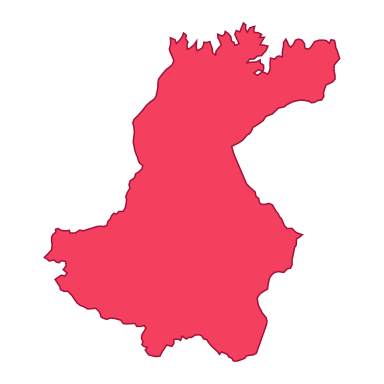 Patrocínio Paulista, São Paulo, Brazil
{"feature_id": "56859067B95718111094950", "entity_name": "Patrocínio Paulista", "entity_type": "district", "adm_level": 2, "iso_a3": "BRA", "parent_name": "Brazil", "parent_adm1": "São Paulo", "projection": "mercator", "projection_center": [-47.28, -20.694], "detail": "fine", "context": "isolated", "style": "filled", "palette": "rose", "viewbox_px": 384, "rotation_deg": 0, "n_neighbors": 0, "source": "geoboundaries", "source_scale": "gbopen_adm2", "svg_char_len": 4474}
<svg xmlns="http://www.w3.org/2000/svg" viewBox="0 0 384 384"><path d="M339.7,58.6L337.5,51.6L335.7,47.3L335.4,44.4L334.5,40.5L331.1,39.7L329.2,43.3L326.3,40.5L322.3,40.1L318.8,40.2L314.7,41.6L312.7,44.4L310.7,47.5L308.0,49.2L304.9,48.1L304.5,43.8L302.0,40.1L298.6,39.1L295.4,40.2L293.4,44.4L290.6,47.3L288.4,44.7L287.5,42.1L285.8,39.1L283.5,42.5L283.5,45.9L282.6,50.1L282.3,53.5L282.5,56.9L279.7,56.0L277.1,56.5L274.8,59.0L270.5,58.1L270.0,63.3L270.1,67.8L269.7,70.6L267.6,74.1L262.6,71.7L263.7,68.7L263.6,65.1L260.3,63.1L260.2,59.9L256.5,61.9L250.3,62.3L247.0,62.8L249.5,59.2L254.0,59.0L257.4,56.1L261.6,55.6L263.6,53.1L265.8,50.8L268.0,46.2L264.4,45.2L260.0,44.7L262.3,40.7L264.4,37.3L259.6,37.4L261.6,34.4L257.9,32.6L254.2,32.5L253.8,29.6L254.7,26.3L249.9,27.8L247.2,32.2L245.4,28.4L245.9,25.0L243.4,23.0L241.4,27.9L239.8,31.9L236.3,30.5L234.8,34.2L237.0,39.4L239.2,43.6L234.7,45.5L234.0,42.4L231.5,41.1L230.8,36.6L228.3,33.6L225.2,31.4L224.6,34.2L222.4,36.0L217.6,34.2L217.9,37.5L219.8,41.1L221.3,45.2L218.2,48.3L215.9,51.6L215.6,55.1L212.8,53.0L212.2,48.4L210.9,45.2L210.0,41.6L206.8,42.5L203.9,42.2L203.5,45.2L201.8,48.3L197.2,50.7L196.2,47.3L196.6,41.0L193.9,44.9L190.2,48.1L187.4,49.3L186.9,45.0L188.0,42.1L185.6,38.9L186.3,35.2L183.5,33.0L182.3,36.5L179.8,40.0L176.3,43.5L175.0,39.7L170.3,37.8L170.6,41.1L170.5,45.0L169.3,49.0L170.4,52.7L172.5,56.9L173.8,60.7L172.1,65.0L168.8,67.6L166.3,69.5L163.6,72.5L161.2,75.6L158.6,79.0L157.9,83.4L157.9,87.3L156.8,92.9L156.0,96.4L154.5,98.8L150.1,102.0L146.1,105.7L144.3,108.2L142.4,110.5L138.5,115.0L134.0,119.5L132.8,122.8L134.0,127.4L134.4,132.3L134.0,135.5L133.6,138.8L133.2,142.3L134.0,145.6L134.6,149.4L135.8,153.3L137.6,157.6L138.5,160.8L139.8,163.4L142.7,165.5L142.0,168.9L139.1,171.7L135.7,173.8L134.4,178.0L130.3,180.7L129.0,184.5L129.9,188.3L127.5,192.1L125.9,196.3L126.5,199.8L126.2,203.4L125.2,208.0L123.2,211.4L118.9,211.4L116.6,214.0L113.7,213.3L111.6,215.7L110.1,219.3L108.0,221.2L106.8,225.7L103.8,226.5L100.7,226.2L96.8,226.5L92.9,227.9L88.6,229.1L83.6,230.8L79.7,230.1L75.2,233.0L70.1,233.0L69.3,230.3L65.7,230.9L60.7,230.3L58.3,228.5L55.5,229.3L55.8,232.1L52.8,234.7L51.6,237.4L51.6,241.3L52.2,245.0L51.6,249.8L47.7,254.1L44.3,257.4L47.2,259.2L49.2,261.0L54.2,260.0L56.1,262.0L59.0,262.8L61.4,260.7L65.6,261.5L66.2,265.7L63.2,269.7L67.2,273.0L64.9,276.0L61.2,275.2L58.5,277.1L55.1,279.4L57.6,283.2L59.8,286.5L60.5,289.6L63.9,291.3L68.0,291.4L71.9,295.5L75.0,300.0L77.3,303.2L80.1,305.3L84.2,306.9L87.5,308.9L91.0,308.8L95.7,308.3L98.6,310.9L100.2,313.8L101.0,316.9L103.4,318.3L106.7,319.3L110.9,318.0L115.4,318.6L120.8,320.2L123.3,323.6L127.7,323.9L131.3,323.6L135.0,323.5L136.8,326.4L141.1,326.4L144.2,325.5L145.9,328.0L143.9,331.6L142.1,334.5L141.4,337.9L142.9,341.9L141.9,344.7L144.3,346.6L147.2,347.4L145.2,350.0L148.7,354.9L152.5,355.8L156.4,356.6L160.0,356.1L162.1,351.9L164.2,348.7L166.6,345.1L171.8,346.3L173.9,343.7L173.8,339.5L177.4,339.1L180.6,340.3L182.2,336.2L186.4,339.0L188.6,337.5L191.5,337.4L195.3,335.0L199.4,334.8L202.1,336.1L203.6,338.9L206.8,339.6L208.2,342.0L210.0,344.3L211.8,346.4L214.4,348.8L217.5,351.6L219.4,354.4L221.5,351.9L224.2,353.0L227.2,354.4L229.0,357.1L231.9,358.3L233.4,361.0L237.5,361.0L241.3,359.6L244.7,358.3L246.5,355.8L249.9,355.2L253.3,354.9L256.3,353.3L266.5,324.6L267.0,321.0L266.1,317.7L262.3,313.0L258.9,306.3L257.9,303.3L257.2,297.9L259.9,293.9L263.2,291.6L267.6,289.1L268.1,284.3L269.5,278.1L271.5,275.0L274.7,272.4L278.5,271.6L283.8,272.4L287.2,268.9L290.6,268.1L292.1,264.5L292.1,259.2L293.3,254.0L294.6,247.6L296.2,245.1L296.6,238.8L299.2,237.4L302.4,234.7L298.6,233.5L295.6,232.2L291.9,228.3L287.3,228.6L284.6,226.0L282.9,222.1L281.6,219.0L279.4,216.5L278.1,213.7L276.3,211.5L274.4,208.5L272.4,204.9L269.0,203.4L265.3,204.3L261.3,204.4L259.3,202.2L258.8,198.7L255.9,196.2L255.2,192.0L252.0,189.2L249.2,186.7L246.4,183.6L245.1,180.5L234.7,156.2L233.2,151.9L231.7,146.3L234.8,144.8L238.5,143.0L242.5,140.3L245.1,137.5L247.0,135.0L249.5,133.7L251.5,131.0L253.0,127.2L256.2,125.5L259.1,123.6L263.3,120.5L265.6,116.7L268.9,115.2L272.1,114.1L275.3,111.2L278.5,108.1L284.2,106.8L287.0,104.6L293.4,101.5L300.0,100.1L303.2,100.2L305.8,100.6L309.0,101.3L311.7,102.8L314.6,102.3L317.8,100.5L321.6,100.0L323.8,96.6L323.5,92.6L324.7,88.8L325.9,85.1L332.4,82.0L335.0,79.2L335.0,75.4L334.2,71.4L334.0,68.6L334.1,65.3L336.7,61.9L339.7,58.6ZM262.6,71.7L259.6,73.9L257.2,75.4L254.0,73.1L258.5,69.6L262.6,71.7Z" fill="#f43f5e" stroke="#9f1239" stroke-width="1.5"/></svg>